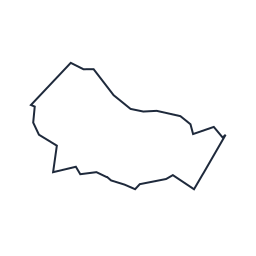 Oconee, Georgia, United States of America, rotated 156°
{"feature_id": "52423323B77419702079758", "entity_name": "Oconee", "entity_type": "district", "adm_level": 2, "iso_a3": "USA", "parent_name": "United States of America", "parent_adm1": "Georgia", "projection": "equal_earth", "projection_center": [-83.449, 33.832], "detail": "fine", "context": "isolated", "style": "outline", "palette": "slate", "viewbox_px": 256, "rotation_deg": 156, "n_neighbors": 0, "source": "geoboundaries", "source_scale": "gbopen_adm2", "svg_char_len": 549}
<svg xmlns="http://www.w3.org/2000/svg" viewBox="0 0 256 256"><g transform="rotate(156 128 128)"><path d="M107.3,136.8L117.9,144.4L127.8,163.8L135.5,195.7L144.8,199.8L153.8,210.8L207.3,188.5L204.5,185.5L212.4,171.5L212.1,158.1L200.2,140.8L214.4,118.1L191.4,113.8L190.4,105.2L174.8,100.5L167.5,91.9L167.0,91.7L164.8,87.0L154.2,77.7L146.4,69.2L140.1,71.9L113.9,65.9L106.2,66.7L92.6,45.2L79.0,55.0L77.1,56.3L41.6,82.1L45.4,80.8L49.2,94.1L71.0,96.0L69.4,106.0L75.3,117.5L94.8,132.0L107.3,136.8Z" fill="none" stroke="#1e293b" stroke-width="2"/></g></svg>